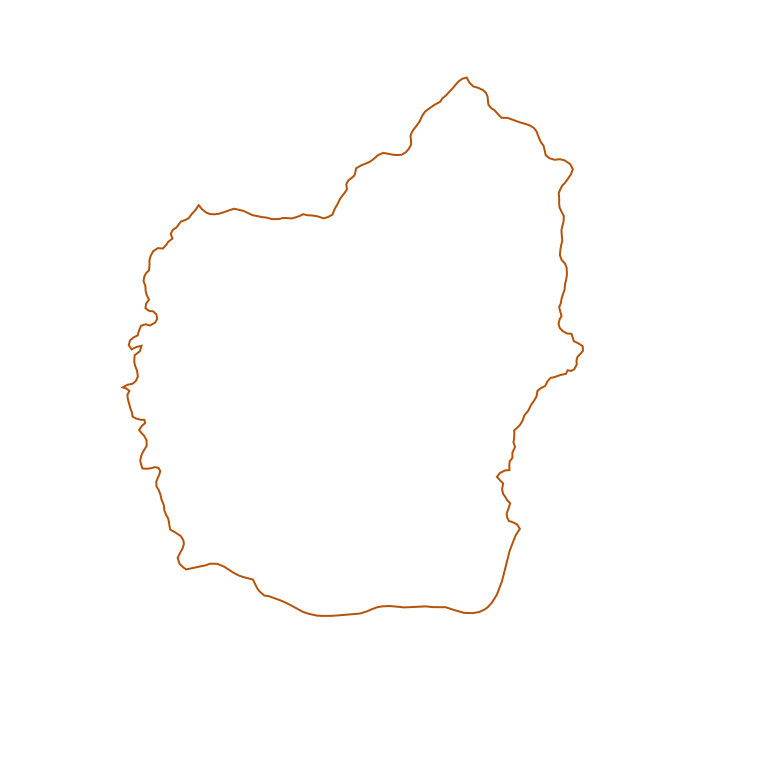 Limeira do Oeste, Minas Gerais, Brazil (Mercator projection), rotated 246°
{"feature_id": "56859067B41026277317184", "entity_name": "Limeira do Oeste", "entity_type": "district", "adm_level": 2, "iso_a3": "BRA", "parent_name": "Brazil", "parent_adm1": "Minas Gerais", "projection": "mercator", "projection_center": [-50.618, -19.42], "detail": "fine", "context": "isolated", "style": "outline", "palette": "amber", "viewbox_px": 768, "rotation_deg": 246, "n_neighbors": 0, "source": "geoboundaries", "source_scale": "gbopen_adm2", "svg_char_len": 4390}
<svg xmlns="http://www.w3.org/2000/svg" viewBox="0 0 768 768"><g transform="rotate(246 384 384)"><path d="M353.6,575.7L355.7,571.7L359.6,568.8L363.8,567.3L368.1,568.0L371.8,570.9L373.8,573.8L377.3,574.3L382.8,575.2L386.0,578.5L390.0,581.1L393.1,584.0L397.0,587.5L401.6,590.0L405.1,592.8L409.7,595.7L415.8,598.1L420.4,598.3L425.3,596.7L430.2,597.1L435.0,599.8L438.9,602.4L442.2,605.1L447.0,606.7L452.2,608.6L455.8,611.2L459.0,613.9L464.3,616.6L470.1,616.2L474.0,616.2L478.1,617.6L482.2,619.5L487.4,621.3L490.3,624.5L492.8,627.6L494.2,631.2L496.4,635.0L499.5,640.0L503.4,643.9L509.2,643.5L514.8,640.0L517.8,636.2L519.4,631.2L522.8,627.1L527.1,624.8L532.1,625.8L536.9,626.7L540.4,625.8L544.6,625.6L548.8,625.8L552.5,626.1L557.1,625.0L561.5,621.9L564.8,618.1L567.4,614.9L570.7,611.5L573.3,608.8L576.9,605.1L579.4,599.6L584.4,597.8L589.2,596.3L592.5,594.1L596.6,593.0L600.3,594.1L604.3,595.5L608.4,595.6L612.2,594.0L616.1,590.7L619.5,586.6L624.6,584.6L630.3,584.2L631.0,579.9L630.3,575.7L628.8,572.2L626.1,566.8L624.0,561.6L622.3,557.9L621.3,553.6L619.0,550.3L618.5,543.6L617.3,537.3L616.1,532.2L613.5,528.0L609.3,523.2L606.4,518.3L604.7,514.9L602.6,511.7L599.8,509.1L595.7,507.8L592.0,506.4L588.9,502.5L586.9,498.4L586.2,493.5L588.1,488.5L590.0,485.1L592.5,481.6L595.5,477.3L595.5,471.5L593.6,465.5L592.8,461.5L592.8,457.2L593.0,452.2L592.4,446.3L589.2,444.0L586.5,441.7L585.4,438.1L584.4,434.0L581.7,430.7L577.1,429.5L575.1,426.6L573.1,422.8L570.8,418.8L568.0,415.7L565.9,412.8L563.5,409.6L559.7,405.8L559.3,400.9L559.9,396.2L564.2,391.5L567.2,386.9L569.3,382.7L572.0,379.3L571.8,375.5L572.1,371.6L572.8,367.0L575.1,362.7L576.8,359.0L577.5,354.9L580.1,348.9L583.9,344.2L586.3,340.1L588.9,336.6L591.7,332.5L595.5,329.3L599.6,325.7L602.7,321.5L605.1,318.4L605.6,313.6L606.1,307.4L606.7,302.5L608.0,298.0L610.2,293.9L613.1,291.2L617.8,288.8L622.8,287.4L619.5,282.4L617.5,277.5L615.0,273.2L614.6,269.6L615.0,264.5L613.1,261.0L611.3,257.9L610.8,253.8L607.8,250.2L602.9,249.9L601.7,244.9L599.7,241.7L597.7,237.0L600.1,232.7L599.2,227.1L595.9,222.9L592.5,220.1L588.0,218.1L583.4,215.6L581.9,211.5L579.5,208.6L575.8,206.2L570.7,205.9L565.9,204.1L561.5,203.4L556.7,203.7L554.1,199.3L550.3,196.9L546.6,198.9L544.2,202.7L540.2,204.3L536.0,203.5L533.2,199.9L532.6,194.0L535.5,190.5L536.0,185.7L532.1,181.6L528.6,178.8L528.4,174.0L527.1,169.7L523.3,166.6L518.3,167.5L518.5,172.8L517.5,178.0L513.2,174.3L511.7,167.9L505.8,164.8L501.6,164.0L496.6,163.8L491.0,162.2L487.7,158.5L486.5,154.5L487.6,149.4L487.2,143.9L484.7,146.7L481.3,148.6L478.4,145.1L474.4,143.9L470.1,143.2L465.1,142.4L460.5,142.2L456.4,141.0L453.2,143.6L450.3,147.1L448.8,150.5L445.5,149.9L444.2,145.7L441.6,141.6L438.2,142.4L434.7,143.7L429.2,144.2L424.0,142.0L421.2,137.9L418.8,134.6L415.9,132.0L412.8,130.0L409.1,129.4L405.1,129.0L403.0,132.9L401.9,136.4L401.2,141.0L399.0,143.9L395.5,144.2L392.8,142.0L389.8,138.7L387.3,136.2L383.0,134.5L378.4,135.1L374.0,134.8L369.4,133.8L363.0,133.6L357.8,131.9L353.0,131.7L349.0,132.1L345.7,131.5L342.0,130.4L338.0,129.5L333.3,132.9L327.5,136.6L322.7,137.1L319.2,136.1L315.9,133.3L312.6,129.0L309.1,124.8L302.7,124.1L298.2,126.0L295.1,127.8L290.9,147.4L290.6,151.9L287.6,158.5L282.0,163.8L273.3,169.4L268.4,173.2L265.2,176.5L258.7,184.7L248.8,185.1L245.1,186.0L239.4,188.6L237.1,192.4L227.1,202.7L221.4,207.6L208.9,217.2L204.8,221.6L199.5,228.8L196.8,234.3L193.7,241.4L191.3,247.9L184.1,268.6L183.2,276.4L183.2,281.7L182.8,287.1L181.7,291.6L179.0,298.6L174.0,307.6L172.2,310.5L169.9,316.1L163.9,331.6L160.3,337.9L155.0,349.5L148.7,356.5L142.4,364.0L138.7,371.6L137.0,377.9L137.1,384.1L137.8,387.7L140.4,393.7L145.7,401.5L156.0,411.7L180.6,431.0L192.2,442.7L196.4,449.2L201.5,448.5L205.3,445.5L208.0,442.4L211.5,442.2L215.7,443.3L220.1,447.5L223.8,450.8L227.7,449.2L231.5,448.9L235.3,448.1L240.1,449.2L244.7,452.4L248.9,450.8L253.2,449.4L255.6,453.9L255.8,459.5L254.3,463.6L258.4,465.2L262.3,467.4L264.2,471.2L269.1,473.4L273.2,478.1L278.0,478.5L281.0,480.5L284.6,482.4L288.7,484.1L289.8,487.6L291.3,491.6L294.6,496.2L298.1,499.3L301.0,505.0L304.7,509.4L307.3,513.6L310.6,518.3L315.3,521.4L316.4,525.3L316.6,530.4L320.1,534.7L321.9,538.8L320.9,542.4L320.7,546.2L320.3,550.0L319.2,554.2L321.8,557.3L319.8,560.4L320.1,563.9L323.4,568.0L327.5,569.6L330.1,571.8L331.7,575.9L333.5,579.3L337.8,580.9L342.2,578.0L346.0,574.8L350.1,575.3L353.6,575.7Z" fill="none" stroke="#b45309" stroke-width="2"/></g></svg>